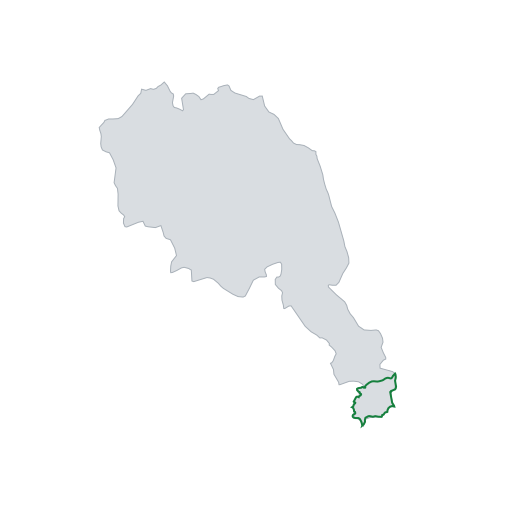 Vorarlberg on a map of Austria (Mercator projection), rotated 242°
{"feature_id": "AUT-2320", "entity_name": "Vorarlberg", "entity_type": "State", "adm_level": 1, "iso_a3": "AUT", "parent_name": "Austria", "parent_adm1": "", "projection": "mercator", "projection_center": [9.893, 47.218], "detail": "fine", "context": "in_parent", "style": "outline", "palette": "green", "viewbox_px": 512, "rotation_deg": 242, "n_neighbors": 0, "source": "natural_earth", "source_scale": "10m", "svg_char_len": 5001}
<svg xmlns="http://www.w3.org/2000/svg" viewBox="0 0 512 512"><g transform="rotate(242 256 256)"><path d="M55.4,290.8L59.7,281.4L60.6,275.5L56.8,272.1L55.2,271.0L56.5,270.3L61.9,270.9L65.3,269.0L67.0,267.0L71.8,268.9L78.8,272.5L82.1,275.0L83.4,276.9L84.2,278.5L83.8,281.2L85.4,282.3L88.6,282.7L90.8,283.6L90.1,287.2L89.9,290.2L93.0,289.7L96.8,287.5L99.7,283.4L101.6,279.4L103.0,269.7L103.4,268.9L105.7,269.7L115.0,269.3L119.4,271.1L126.3,271.4L126.2,272.9L127.4,275.2L130.5,278.6L132.0,280.9L135.2,281.3L140.1,280.0L143.1,278.8L144.1,279.7L148.7,278.8L152.7,276.0L153.7,273.9L157.7,272.5L163.2,269.1L170.8,266.4L195.5,263.6L196.4,261.5L196.1,256.6L196.7,255.9L199.8,257.1L204.8,258.2L208.6,260.0L211.1,262.2L213.4,262.3L217.0,260.7L221.8,259.7L226.3,262.0L227.6,264.6L226.8,265.9L226.9,267.9L228.3,269.6L232.0,272.4L236.7,274.8L239.1,274.6L240.0,272.3L240.9,266.8L241.2,260.8L240.2,257.4L237.6,256.6L234.6,256.3L233.0,255.6L233.5,253.7L236.0,248.9L235.9,242.3L230.5,234.9L225.7,227.8L225.8,225.3L228.6,221.1L233.0,217.7L242.7,212.0L245.8,210.8L249.7,209.9L255.4,207.6L258.1,205.2L260.0,202.6L262.6,189.0L263.2,188.4L264.0,187.7L274.0,192.3L274.9,191.6L276.5,190.8L279.8,187.2L280.5,184.5L280.4,179.3L280.7,174.4L281.3,172.9L282.8,173.4L287.1,176.0L290.5,178.8L293.7,186.0L301.1,187.9L310.5,188.1L313.8,184.9L316.8,184.2L320.3,185.1L327.5,186.3L328.3,180.5L332.5,174.4L334.4,172.3L339.7,172.5L341.0,168.0L342.3,155.5L343.4,154.1L347.3,154.4L351.2,156.7L352.3,158.5L354.3,158.4L357.1,157.1L360.2,156.3L365.0,157.6L375.4,163.3L380.7,165.4L384.1,165.0L387.3,165.1L399.5,173.8L408.1,175.1L415.9,175.1L418.4,172.5L421.7,170.2L425.1,170.5L428.2,171.7L434.1,175.5L436.8,176.5L440.4,177.1L443.1,177.9L445.4,184.5L446.7,186.3L446.5,187.1L446.2,190.1L444.2,193.9L442.0,198.8L442.1,203.2L447.8,218.1L452.8,227.2L453.7,230.6L457.0,233.3L453.9,236.6L453.3,241.5L451.3,243.7L450.8,246.6L451.6,249.1L451.6,252.3L452.7,256.7L447.8,257.7L442.0,257.5L439.9,257.8L437.9,259.0L435.9,258.4L430.6,254.2L427.6,253.3L425.5,253.6L424.0,255.4L421.2,257.7L418.7,259.3L419.3,260.7L430.2,264.4L432.2,270.1L430.1,274.8L429.3,277.0L426.8,278.8L423.6,280.4L419.8,280.8L419.4,283.3L420.9,290.6L419.7,292.2L418.5,294.5L419.6,300.5L421.9,300.9L422.5,302.3L422.0,304.7L421.6,307.3L420.8,310.0L420.4,311.2L418.8,312.0L414.0,311.6L409.8,313.9L401.4,322.3L398.5,323.7L395.3,327.1L395.5,334.4L395.0,335.1L394.3,336.6L384.2,334.0L383.9,334.1L377.1,335.0L372.5,338.4L366.9,340.3L355.2,339.3L343.8,340.6L341.1,341.5L338.2,342.1L335.4,344.1L333.8,346.8L331.0,350.3L326.9,353.0L322.6,355.1L321.5,356.9L320.1,357.9L317.6,356.6L315.6,356.6L313.2,355.7L305.2,354.8L296.3,353.1L292.1,351.6L287.3,350.4L282.2,349.4L277.6,349.1L275.3,348.7L264.2,346.0L256.9,345.8L247.3,344.7L228.1,340.6L222.6,338.9L217.2,338.4L210.9,337.0L206.1,334.7L203.1,330.3L199.8,324.4L193.8,316.8L192.6,312.9L194.4,309.6L196.3,307.1L196.1,306.0L194.6,305.4L184.1,308.7L173.9,312.8L169.8,312.9L165.9,312.0L160.8,312.0L155.8,313.1L145.9,313.6L140.0,316.7L136.3,322.6L134.3,327.4L132.6,329.0L129.1,329.5L124.0,329.1L120.3,327.7L116.6,323.6L110.8,323.0L105.5,322.9L104.1,322.2L104.2,319.5L102.1,314.5L98.7,312.9L89.7,322.4L87.3,323.2L80.1,320.6L73.8,316.6L73.1,313.6L72.1,311.2L66.8,308.9L60.2,307.3L58.1,307.3L59.0,305.9L59.7,303.5L59.2,301.5L57.7,299.5L56.9,297.4L56.6,295.3L56.1,293.6L55.9,292.0L55.4,290.8Z" fill="#d9dde1" stroke="#a8b0b8" stroke-width="1"/><path d="M72.9,311.6L72.7,311.4L72.8,310.6L62.8,307.4L61.9,307.3L59.2,307.6L58.2,307.4L58.6,306.9L59.5,305.8L59.7,305.5L60.0,303.5L59.9,303.2L59.7,302.3L59.5,301.5L58.2,299.8L57.5,299.3L56.7,298.8L56.7,298.2L57.2,297.0L57.2,296.4L56.8,295.4L56.3,294.7L56.0,294.0L56.2,293.6L56.4,292.9L55.7,292.3L55.5,292.1L55.0,291.4L56.7,288.5L58.5,286.3L58.7,285.8L59.0,284.4L59.2,283.7L61.3,281.2L61.8,280.0L61.8,276.7L60.3,275.3L58.4,274.4L56.8,272.1L56.7,271.6L56.4,270.2L56.5,270.3L56.8,270.4L59.9,271.2L63.2,271.2L64.7,270.5L65.4,269.3L66.1,267.9L67.2,266.5L68.0,266.1L68.8,266.0L69.5,266.3L70.1,267.0L70.3,267.9L70.2,268.9L70.4,269.7L71.5,270.2L71.9,270.2L72.6,269.8L72.8,269.7L74.4,270.3L76.0,270.4L76.8,270.3L77.4,269.8L77.6,271.0L78.1,271.8L78.8,272.4L79.3,273.5L79.3,274.0L79.4,274.4L79.9,274.8L80.4,274.6L80.9,274.1L81.5,273.9L84.1,277.7L84.5,278.6L84.3,279.4L83.1,280.4L83.7,281.0L83.8,281.8L83.8,282.7L84.1,283.4L84.6,283.9L85.0,283.9L85.4,283.6L86.1,283.3L86.3,283.3L86.9,283.6L87.2,283.6L87.4,283.5L88.0,282.8L90.3,282.3L91.3,282.9L91.3,284.3L90.3,287.2L90.4,287.7L90.5,288.1L90.3,288.6L90.1,288.9L89.4,289.1L89.2,289.3L88.7,290.1L88.5,290.6L88.7,290.8L89.5,290.7L90.4,292.9L91.0,296.4L91.0,297.1L90.9,299.3L90.1,301.2L88.1,304.3L87.6,305.8L86.9,308.9L86.8,310.1L86.9,311.0L87.1,312.1L87.1,312.9L86.9,314.3L86.6,315.2L86.0,316.0L85.4,316.6L84.7,317.4L84.5,318.1L84.7,318.9L85.9,320.8L86.8,323.3L86.9,323.6L86.1,323.6L83.9,322.8L82.7,322.1L80.6,320.2L75.0,318.4L73.7,317.4L73.0,316.4L72.9,315.7L73.1,314.9L73.2,313.0L73.4,312.3L73.4,311.8L73.2,311.6L72.9,311.6Z" fill="none" stroke="#15803d" stroke-width="2"/></g></svg>